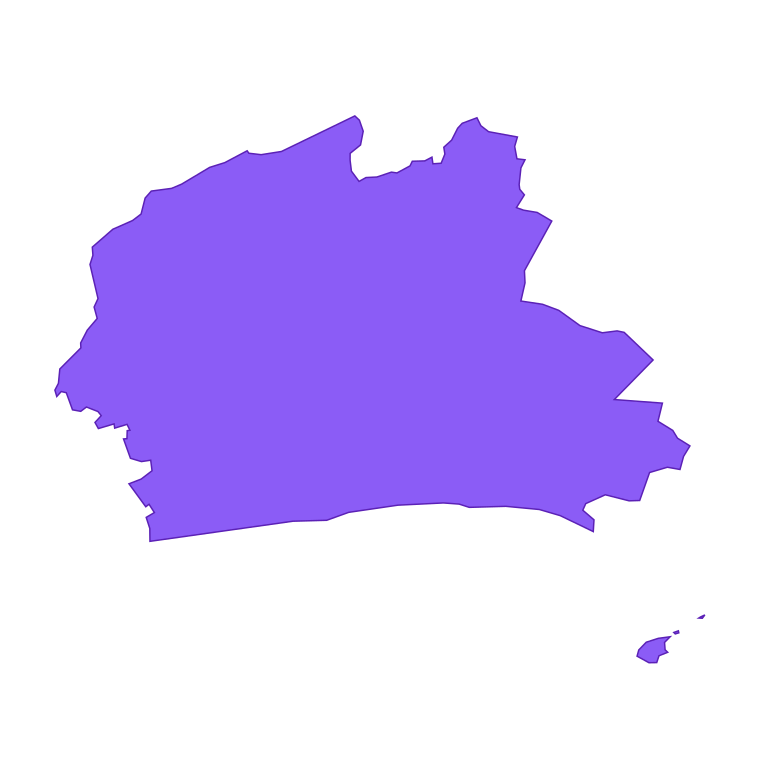 Killiney-Shankill Lea-7, Dún Laoghaire–Rathdown, Ireland, rotated 92°
{"feature_id": "5873133B24997022792264", "entity_name": "Killiney-Shankill Lea-7", "entity_type": "district", "adm_level": 2, "iso_a3": "IRL", "parent_name": "Ireland", "parent_adm1": "Dún Laoghaire–Rathdown", "projection": "mercator", "projection_center": [-6.14, 53.238], "detail": "fine", "context": "isolated", "style": "filled", "palette": "violet", "viewbox_px": 768, "rotation_deg": 92, "n_neighbors": 0, "source": "geoboundaries", "source_scale": "gbopen_adm2", "svg_char_len": 1976}
<svg xmlns="http://www.w3.org/2000/svg" viewBox="0 0 768 768"><g transform="rotate(92 384 384)"><path d="M205.4,250.6L203.1,257.8L190.1,250.3L184.7,255.1L180.0,255.9L163.2,254.7L155.0,250.9L154.3,259.0L142.0,261.7L132.5,259.3L128.2,288.3L122.5,296.2L114.7,300.4L120.7,314.9L125.8,319.3L137.9,324.9L145.3,332.5L152.1,331.2L161.4,334.6L162.2,342.8L155.6,344.0L159.6,351.0L160.4,363.5L165.1,365.6L172.6,378.4L172.0,384.0L177.4,398.4L178.3,409.2L182.4,416.0L172.4,424.0L161.5,425.7L154.7,425.9L145.9,415.8L132.1,413.6L121.2,417.8L117.1,422.5L155.2,494.6L159.1,514.8L158.1,527.1L155.7,528.9L168.3,550.8L173.6,565.8L191.3,593.2L195.9,603.1L199.3,623.3L206.5,629.2L222.6,632.7L229.4,641.0L238.8,660.4L257.4,680.3L265.5,679.4L274.8,682.0L308.6,672.8L317.2,676.4L328.5,672.9L340.5,682.4L353.6,688.6L358.5,688.2L380.3,708.5L394.7,709.4L401.6,712.7L407.9,710.6L402.8,706.3L403.8,701.2L420.7,694.4L421.9,686.1L417.4,680.6L421.5,668.9L425.5,665.5L432.5,671.5L438.5,667.9L433.3,652.4L437.5,651.6L433.3,639.4L439.1,636.3L439.6,639.0L447.6,639.0L448.0,642.4L467.1,634.8L470.0,623.7L468.3,614.5L478.8,612.8L487.5,623.4L492.6,635.4L515.0,617.8L512.4,614.6L520.5,609.0L525.6,617.0L536.6,613.0L549.4,612.4L524.3,470.2L522.2,436.5L513.5,414.8L504.6,365.8L500.8,320.5L501.4,304.7L504.3,294.5L502.0,258.0L504.0,224.4L509.4,203.3L524.2,169.7L512.4,169.4L503.2,180.9L496.5,178.2L487.0,159.0L492.2,135.0L491.5,124.4L463.2,115.5L457.3,97.9L459.1,85.2L445.9,82.1L435.2,76.1L427.9,88.8L420.3,93.8L411.7,108.9L393.4,105.1L391.5,153.3L350.6,115.9L324.0,145.8L322.8,152.9L325.2,167.6L318.8,190.2L304.3,211.9L298.8,228.3L296.3,250.1L278.0,246.6L265.9,247.6L215.3,222.0L207.2,236.9L205.4,250.6ZM628.6,101.0L632.9,112.9L640.9,120.1L647.2,121.6L653.3,109.5L652.9,101.7L646.0,99.7L642.2,91.1L639.8,93.8L632.5,94.6L626.6,89.2L628.6,101.0ZM623.6,84.2L622.4,80.7L620.4,81.2L622.2,85.7L623.6,84.2ZM605.7,59.4L606.9,61.2L607.0,57.7L603.6,55.3L605.7,59.4Z" fill="#8b5cf6" stroke="#5b21b6" stroke-width="1.5"/></g></svg>